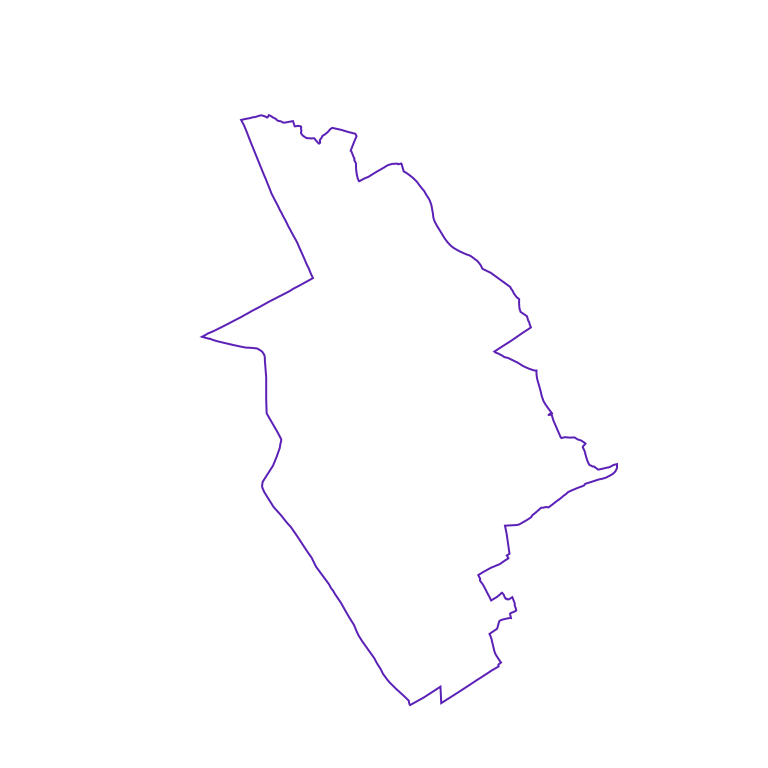 the district of Lat Bua Luang, Phra Nakhon Si Ayutthaya, Thailand, rotated 57°
{"feature_id": "78962969B9054765011768", "entity_name": "Lat Bua Luang", "entity_type": "district", "adm_level": 2, "iso_a3": "THA", "parent_name": "Thailand", "parent_adm1": "Phra Nakhon Si Ayutthaya", "projection": "natural_earth1", "projection_center": [100.34, 14.17], "detail": "fine", "context": "isolated", "style": "outline", "palette": "violet", "viewbox_px": 768, "rotation_deg": 57, "n_neighbors": 0, "source": "geoboundaries", "source_scale": "gbopen_adm2", "svg_char_len": 6112}
<svg xmlns="http://www.w3.org/2000/svg" viewBox="0 0 768 768"><g transform="rotate(57 384 384)"><path d="M250.8,506.1L250.8,505.7L254.7,502.8L256.7,501.1L259.6,498.4L269.2,489.2L275.6,482.8L278.0,480.3L282.0,474.8L285.1,471.1L286.8,470.1L287.9,469.7L289.9,468.7L291.3,468.5L294.7,468.6L297.2,469.7L299.2,471.0L314.3,479.2L333.1,491.4L344.7,498.4L349.8,498.7L367.2,499.6L374.3,500.3L375.8,501.3L378.2,503.9L381.0,506.4L386.5,513.6L392.0,521.5L400.0,539.1L400.5,539.4L401.4,540.4L403.6,542.1L405.3,542.6L409.7,543.3L422.9,543.5L426.8,543.6L437.7,541.9L447.2,541.0L453.3,540.0L464.2,539.7L482.6,539.6L490.1,539.3L500.3,540.5L522.0,539.2L526.3,539.6L529.4,539.3L533.8,539.5L544.3,539.3L556.7,540.1L562.2,540.3L569.9,540.4L577.2,541.8L581.2,542.3L588.1,542.4L608.7,541.5L613.9,542.0L621.7,542.1L626.3,542.7L633.7,542.3L637.5,541.8L645.9,540.0L657.3,537.0L663.1,535.7L666.1,537.0L667.5,537.0L668.6,521.1L668.6,501.5L682.8,509.8L683.0,491.1L683.0,475.5L682.9,466.9L683.0,458.1L682.9,450.0L683.3,441.7L682.0,441.1L681.6,440.8L681.3,437.5L679.6,437.7L673.0,437.7L670.3,437.5L667.4,436.7L656.3,432.7L652.9,431.9L651.1,431.7L651.0,430.8L650.9,423.1L650.8,422.5L650.1,421.5L646.1,417.0L645.8,416.6L645.6,415.9L645.7,414.7L646.4,412.0L648.5,406.5L648.9,405.8L649.5,405.0L648.5,404.6L645.9,403.7L645.5,403.5L645.3,403.2L645.2,402.8L645.2,402.0L645.8,399.5L646.0,396.8L645.9,396.4L645.4,396.2L643.2,395.5L641.3,395.1L640.7,394.9L639.5,394.0L638.6,393.7L632.7,392.5L632.6,396.8L632.4,397.0L631.9,397.4L631.7,397.9L630.9,398.0L630.7,398.1L630.5,398.8L630.4,398.9L628.7,398.9L626.3,398.4L623.4,398.6L623.3,398.9L623.4,400.2L623.7,401.1L624.1,405.5L623.9,412.0L619.8,411.5L616.7,411.3L612.2,410.8L610.5,410.7L608.9,410.5L606.3,410.3L604.7,410.3L602.9,410.6L601.0,410.5L600.5,410.3L600.3,410.1L599.9,409.5L599.6,409.4L597.1,409.2L595.6,409.0L595.7,403.9L596.2,396.2L596.4,394.2L598.1,385.0L597.9,378.5L598.0,374.6L597.9,374.5L594.7,374.4L594.7,371.2L576.6,362.8L568.7,359.7L574.4,349.8L574.7,349.2L575.4,347.1L575.9,338.6L575.9,333.6L575.7,332.7L575.1,331.9L574.9,331.1L574.7,329.9L574.7,329.2L574.5,327.2L573.4,319.8L573.5,319.4L573.6,318.9L574.2,318.2L574.6,317.6L575.3,315.3L575.8,314.6L577.1,313.3L576.8,308.4L576.4,304.4L576.1,298.5L575.5,293.9L575.4,290.6L575.1,289.9L575.0,289.2L575.0,287.9L575.4,284.8L576.5,278.8L576.9,276.8L577.9,272.7L578.0,271.4L577.9,271.0L577.4,270.1L577.4,269.4L577.6,268.6L579.5,261.7L580.9,256.3L582.1,253.1L583.0,250.5L583.4,248.8L583.6,247.5L583.9,244.0L584.0,241.0L583.6,238.6L582.7,236.4L581.3,234.3L578.1,232.2L576.9,235.6L576.7,239.0L576.2,241.3L575.5,242.7L575.1,244.0L572.6,250.8L572.4,251.0L569.1,252.3L568.0,252.6L567.5,252.9L566.8,254.0L565.3,254.7L564.4,255.5L563.8,255.7L562.7,255.8L559.8,255.4L554.6,254.0L549.6,252.3L545.2,251.7L544.9,251.5L544.6,250.8L543.8,247.5L543.7,247.4L541.9,248.1L539.2,249.2L538.5,249.6L536.1,251.7L532.8,253.2L532.3,253.7L530.7,256.5L529.2,258.7L527.2,261.1L526.2,264.0L526.0,264.5L525.7,264.7L525.5,264.8L524.7,264.8L507.4,261.9L505.8,261.5L501.5,260.2L501.0,260.3L500.7,260.6L499.8,262.6L499.6,262.7L499.4,262.2L499.4,261.1L499.6,260.5L500.2,259.5L500.2,259.1L494.8,259.5L489.1,259.7L485.7,259.6L480.4,258.4L474.9,256.4L470.1,254.9L465.7,253.6L462.7,252.6L458.9,250.8L455.7,248.8L455.2,249.7L454.3,250.8L450.1,254.1L447.2,256.0L444.5,257.7L439.4,260.0L429.7,265.8L427.0,268.4L424.3,269.5L422.3,270.7L421.1,271.3L418.2,273.4L416.9,273.8L416.9,268.8L416.9,268.4L417.0,253.2L416.6,239.0L416.6,230.0L413.2,229.3L411.3,228.6L410.8,228.5L409.7,228.6L405.0,227.2L397.9,230.2L394.6,229.3L392.6,228.3L389.3,226.4L386.4,224.4L384.1,225.3L382.3,225.6L378.3,225.7L375.2,225.3L373.9,225.6L372.8,225.5L371.6,225.2L348.9,233.9L341.0,238.7L337.2,238.2L334.0,238.4L331.3,238.8L328.5,239.9L324.7,241.2L322.8,242.2L320.3,244.2L316.2,246.9L312.9,248.9L309.2,250.8L307.3,251.7L305.2,252.4L303.3,252.9L299.6,253.5L295.0,253.8L291.1,253.7L279.6,253.4L276.0,253.1L273.8,252.7L271.2,251.9L267.4,250.0L259.7,246.8L256.0,245.9L253.5,245.5L248.2,245.5L244.1,245.2L240.1,245.7L235.9,246.1L232.2,246.3L227.4,247.3L222.6,248.9L218.4,250.6L216.5,251.7L210.0,249.7L208.9,249.4L208.5,249.4L208.4,249.5L208.0,251.3L207.4,252.4L207.2,252.6L206.8,252.5L206.1,253.3L204.7,255.9L204.2,256.6L203.7,257.6L203.5,258.4L202.6,261.4L202.4,264.4L202.5,265.2L201.9,276.1L201.9,278.1L201.8,280.7L201.8,283.6L201.7,284.5L201.0,288.1L200.5,294.2L200.4,294.5L199.9,294.5L197.3,294.1L195.0,293.2L193.9,292.9L188.8,290.5L184.9,288.1L183.5,287.3L179.9,287.0L179.7,286.9L179.2,286.1L178.9,286.0L177.7,286.0L171.4,284.7L170.7,284.7L170.2,284.9L164.6,277.1L161.2,272.0L158.5,271.8L153.2,276.7L147.6,281.4L141.0,287.9L141.0,290.0L141.1,290.7L142.0,293.5L142.4,296.5L142.5,297.6L142.4,299.8L142.4,300.4L143.7,302.7L144.3,304.6L144.7,305.1L146.5,305.9L146.8,306.2L147.0,306.5L147.1,306.9L147.1,307.2L147.0,307.6L146.6,307.7L145.9,307.9L141.9,308.5L140.4,308.6L139.9,308.7L139.6,309.1L138.7,310.8L138.2,311.6L135.6,315.0L133.5,316.0L131.4,316.8L129.6,317.0L128.8,317.0L128.2,316.8L127.8,316.6L126.7,315.4L126.4,315.2L124.9,314.7L123.5,313.6L123.0,313.4L122.8,313.5L122.4,313.7L120.9,315.2L120.6,315.7L119.6,318.1L119.5,318.3L119.2,318.5L118.7,318.5L117.1,317.9L113.9,317.2L111.2,323.8L110.3,325.6L109.8,326.2L109.4,326.5L107.7,327.3L105.9,329.2L105.2,329.7L104.5,330.0L102.9,330.3L102.2,330.6L100.5,331.7L97.4,333.1L95.8,334.1L96.9,336.2L96.9,336.7L96.7,337.0L95.0,337.9L93.8,338.8L92.1,340.3L91.4,341.4L90.1,346.1L89.8,347.0L88.9,348.6L88.0,351.8L86.9,354.2L84.7,360.0L90.6,360.5L97.8,361.8L103.2,363.0L109.7,364.3L142.7,370.7L147.0,371.4L159.1,373.8L162.8,374.6L171.6,375.5L176.4,375.9L181.5,376.6L184.2,376.7L187.3,377.1L193.7,377.6L200.1,378.4L202.2,378.5L206.4,378.9L211.4,379.3L213.7,379.4L218.2,379.8L219.9,380.0L222.1,380.5L234.5,382.4L241.9,383.7L245.8,384.1L247.7,384.5L249.5,384.8L252.3,385.4L253.6,385.5L256.5,385.9L256.3,388.8L255.3,402.3L254.7,408.2L254.7,412.6L252.3,436.0L251.6,446.5L250.8,454.8L250.7,457.3L250.1,465.5L250.1,467.1L249.7,470.5L248.1,487.1L246.8,498.2L245.9,503.4L245.7,504.2L245.7,505.5L245.6,507.5L245.3,510.9L250.8,506.1Z" fill="none" stroke="#5b21b6" stroke-width="2"/></g></svg>